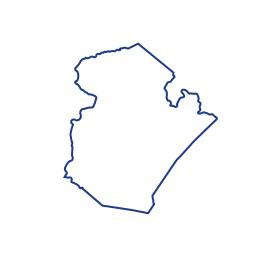 Concepcion, Intibucá, Honduras (Albers equal-area conic projection), rotated 327°
{"feature_id": "27666195B925617765542", "entity_name": "Concepcion", "entity_type": "district", "adm_level": 2, "iso_a3": "HND", "parent_name": "Honduras", "parent_adm1": "Intibucá", "projection": "albers", "projection_center": [-88.315, 14.049], "detail": "fine", "context": "isolated", "style": "outline", "palette": "blue", "viewbox_px": 256, "rotation_deg": 327, "n_neighbors": 0, "source": "geoboundaries", "source_scale": "gbopen_adm2", "svg_char_len": 5753}
<svg xmlns="http://www.w3.org/2000/svg" viewBox="0 0 256 256"><g transform="rotate(327 128 128)"><path d="M108.5,206.0L108.5,205.8L108.4,205.4L108.4,205.2L109.1,203.5L109.6,202.8L110.0,202.0L110.1,201.7L110.1,201.3L110.2,200.9L110.5,200.2L111.2,199.1L111.6,198.1L151.1,181.4L156.6,180.2L176.4,174.9L182.2,173.8L190.0,172.2L207.3,168.9L207.6,168.5L207.9,167.8L207.9,167.3L207.8,167.1L207.5,166.8L207.4,166.7L206.5,163.2L206.4,162.6L206.2,162.4L205.8,162.1L204.7,161.8L204.3,161.5L204.1,161.4L203.4,160.5L201.8,158.0L201.0,157.1L200.5,156.5L200.3,156.3L199.8,156.0L199.1,155.8L196.4,155.3L195.9,155.0L195.4,154.5L195.1,154.2L195.0,153.9L195.0,153.7L195.2,153.1L195.4,152.9L195.6,152.9L196.1,152.9L197.1,152.7L198.1,152.4L198.6,152.0L198.8,151.8L198.9,151.5L199.0,151.1L199.1,150.5L199.2,150.2L199.4,149.7L199.6,149.3L200.2,148.7L201.7,147.6L202.1,147.1L202.3,146.7L202.2,146.2L201.5,144.2L201.4,143.7L201.6,143.5L201.8,143.2L202.5,142.7L203.1,142.1L203.4,141.6L203.7,140.9L204.0,139.7L204.3,138.2L204.4,137.4L204.4,137.1L204.0,136.5L203.6,136.1L203.2,135.8L202.7,135.7L201.0,134.5L200.4,133.9L199.8,133.4L199.3,133.1L198.5,132.8L198.2,132.6L198.0,132.2L197.8,131.4L197.6,130.7L197.5,129.5L197.4,128.9L196.8,127.6L196.2,126.7L195.8,126.4L195.3,126.1L194.8,125.8L194.4,125.7L193.9,125.7L193.4,125.9L193.0,126.1L192.8,126.4L192.6,126.7L192.5,127.1L192.6,127.7L192.8,128.8L192.8,129.9L192.8,130.7L192.7,131.3L192.5,131.8L192.4,132.0L192.2,132.2L191.8,132.3L190.9,132.2L190.2,132.0L189.4,131.6L188.8,131.4L188.0,131.5L187.1,131.7L186.2,132.1L183.7,133.7L182.1,134.6L181.9,134.8L181.9,135.4L181.7,135.8L181.2,136.3L180.6,136.5L180.3,136.6L179.9,136.5L179.6,136.4L179.2,136.2L179.0,135.9L178.8,135.7L178.7,135.0L178.6,134.8L178.3,134.5L177.7,134.3L177.4,134.0L177.2,133.7L177.1,133.1L176.9,132.7L176.7,132.6L175.9,132.6L175.7,132.4L175.7,132.2L175.8,132.1L176.5,131.6L177.3,130.8L177.6,130.4L177.8,129.8L177.8,129.4L177.9,129.0L177.8,128.5L177.6,127.9L177.5,127.6L177.3,127.4L177.0,127.2L176.5,127.0L176.4,126.8L176.3,126.5L176.3,125.8L176.4,125.1L176.7,124.5L177.0,123.5L177.3,123.0L177.7,122.4L178.4,121.7L178.8,121.1L179.6,119.9L180.0,119.0L180.2,118.4L180.1,116.4L180.1,115.0L180.2,114.5L181.0,114.1L182.4,113.3L183.7,112.7L184.4,112.3L185.1,111.8L186.1,111.5L186.6,111.5L187.8,112.1L189.3,112.2L189.7,112.1L190.9,111.6L191.8,111.3L192.5,111.1L193.8,110.9L194.5,110.7L194.9,110.4L195.0,110.0L195.0,109.6L194.7,109.2L194.7,108.9L194.6,108.6L194.7,108.3L194.9,107.9L196.3,106.3L182.4,62.8L171.4,61.5L169.2,59.0L168.9,58.8L166.6,58.0L165.4,57.4L164.9,57.2L164.6,57.2L164.4,57.4L164.3,57.5L164.1,57.9L163.9,58.2L163.6,58.3L163.2,58.2L162.8,57.9L162.6,57.3L162.4,57.1L161.9,56.7L161.4,56.5L161.0,56.4L160.5,56.4L159.4,56.5L159.0,56.4L158.6,56.3L157.9,55.9L157.0,55.1L156.6,54.8L155.8,54.5L154.9,54.3L154.4,54.1L153.9,53.8L153.5,53.1L153.1,52.8L152.6,52.7L151.7,52.6L151.2,52.4L150.8,52.2L150.3,51.6L149.9,51.4L149.5,51.3L148.8,51.5L148.3,51.4L147.9,51.2L147.5,50.8L147.3,50.6L146.8,50.5L146.3,50.5L145.4,50.7L145.0,50.8L144.6,50.7L144.1,50.4L143.5,49.9L143.2,49.6L142.7,49.4L142.3,49.3L141.8,49.3L141.3,49.5L141.0,49.8L140.5,50.3L140.1,50.6L139.6,50.7L139.0,50.7L138.6,50.5L138.1,50.2L137.9,49.9L137.3,49.0L137.0,48.7L136.6,48.4L136.1,48.2L135.4,48.0L134.7,48.0L133.6,48.0L133.2,47.9L132.7,47.8L132.2,47.6L131.8,47.2L131.4,46.8L130.9,46.1L130.2,46.3L129.6,46.3L128.9,46.1L128.0,45.8L127.5,45.6L126.8,45.6L126.2,45.7L125.0,46.1L122.6,47.3L121.1,47.9L119.6,48.4L117.7,48.8L117.1,49.0L116.4,49.3L116.0,49.5L115.8,49.8L115.6,50.2L115.5,50.6L115.6,51.2L115.9,52.0L116.1,52.7L116.2,53.5L116.1,54.3L115.9,54.8L115.6,55.7L114.7,57.2L114.2,58.0L113.6,58.7L113.0,59.3L112.2,60.0L111.7,60.3L111.1,60.5L110.4,60.5L109.5,60.3L109.1,60.5L108.8,60.6L108.6,60.9L108.5,61.3L108.5,61.7L108.6,62.5L109.4,64.0L109.6,64.6L109.7,65.3L109.8,66.2L109.8,67.1L109.6,69.2L109.7,69.7L109.8,70.1L110.1,70.7L110.7,71.4L111.0,71.9L111.2,72.6L111.4,73.7L111.6,74.2L111.9,74.9L112.5,75.7L112.9,76.4L113.0,76.8L113.1,77.6L113.4,78.2L113.7,78.6L114.6,79.2L115.1,79.7L115.9,80.5L117.0,82.1L117.8,83.6L118.1,84.1L118.1,84.7L118.0,85.2L117.6,85.8L116.2,87.0L113.9,88.9L112.1,90.1L110.6,91.1L110.3,91.2L109.9,91.3L109.4,91.4L108.9,91.2L107.3,90.1L106.6,89.7L105.9,89.4L103.8,88.7L101.8,88.2L101.1,87.8L100.3,87.4L99.8,87.3L98.9,87.4L98.2,87.6L97.5,88.0L96.9,88.4L96.4,89.0L96.0,89.6L95.7,90.3L95.6,91.0L95.4,91.5L95.2,92.0L94.8,92.6L94.3,93.1L93.8,93.6L93.2,93.9L92.4,94.2L91.7,94.3L90.9,94.3L90.2,94.1L89.6,93.9L89.0,93.5L88.5,93.0L88.2,92.5L87.9,92.0L87.6,91.6L87.1,91.3L86.6,91.0L86.0,90.9L85.4,90.9L84.8,91.0L84.2,91.3L83.9,91.6L83.6,92.0L83.4,92.4L83.2,92.8L83.3,93.5L83.5,93.8L83.7,94.1L83.7,94.3L83.7,94.8L83.6,95.2L83.4,95.5L82.7,96.1L80.9,97.4L79.9,98.3L76.8,101.4L76.3,102.0L75.7,103.2L74.4,106.2L73.9,107.5L73.3,109.5L72.9,110.6L72.5,111.1L71.6,111.7L71.3,112.1L71.1,112.4L71.0,112.7L71.0,113.0L71.1,113.5L71.0,113.8L66.4,120.0L66.0,120.9L65.6,122.5L65.3,123.1L64.9,123.6L64.6,123.9L64.2,124.2L63.8,124.4L63.4,124.5L62.7,124.5L61.5,124.2L60.6,124.1L59.6,124.2L58.6,124.4L57.8,124.7L56.7,125.2L54.5,126.5L53.7,127.0L53.0,127.7L52.7,128.1L52.4,128.6L52.3,129.1L52.2,129.7L52.3,130.2L52.5,130.9L52.5,131.4L52.4,132.0L52.1,132.5L51.7,132.8L51.1,133.3L50.5,133.5L49.1,134.0L48.1,134.6L48.6,135.0L49.1,135.3L49.9,136.3L50.4,136.8L51.0,137.2L51.8,137.5L52.3,137.8L52.8,138.2L53.1,138.7L53.1,139.0L53.1,139.5L53.0,140.1L52.8,140.5L52.5,141.0L51.9,141.4L51.3,142.0L51.2,142.2L51.3,142.5L51.6,143.2L52.8,144.8L54.4,147.6L54.9,149.1L55.1,149.8L55.1,150.6L54.9,151.5L54.9,152.0L55.1,152.4L55.2,152.6L55.4,152.7L56.1,152.7L56.9,152.9L57.2,153.1L57.3,153.3L57.4,153.6L57.3,153.8L57.1,154.0L56.9,154.2L64.3,179.2L85.6,198.0L98.5,210.4L108.5,206.0Z" fill="none" stroke="#1e3a8a" stroke-width="2"/></g></svg>